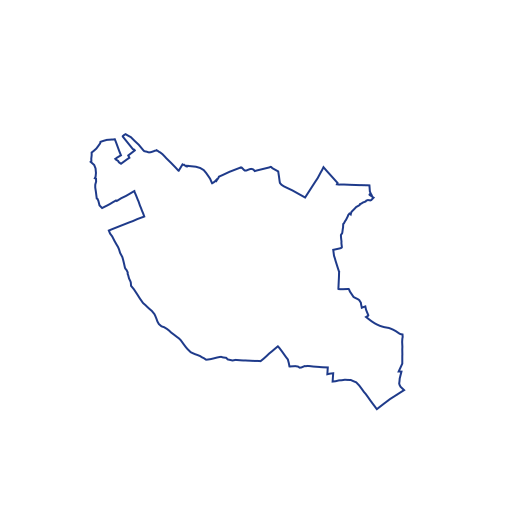 Simian, Bihor, Romania (Natural Earth projection), rotated 298°
{"feature_id": "2599482B37534807810432", "entity_name": "Simian", "entity_type": "district", "adm_level": 2, "iso_a3": "ROU", "parent_name": "Romania", "parent_adm1": "Bihor", "projection": "natural_earth1", "projection_center": [22.074, 47.478], "detail": "fine", "context": "isolated", "style": "outline", "palette": "blue", "viewbox_px": 512, "rotation_deg": 298, "n_neighbors": 0, "source": "geoboundaries", "source_scale": "gbopen_adm2", "svg_char_len": 6047}
<svg xmlns="http://www.w3.org/2000/svg" viewBox="0 0 512 512"><g transform="rotate(298 256 256)"><path d="M255.5,422.2L254.9,420.3L254.8,419.2L255.3,414.6L255.3,413.0L255.3,411.4L255.2,410.3L255.1,409.0L254.8,406.9L254.5,406.1L254.1,404.8L253.7,403.6L253.4,402.7L252.9,400.4L252.5,398.2L252.3,394.9L252.3,392.4L252.6,389.0L252.9,386.9L253.8,381.8L255.8,383.0L256.4,383.0L258.6,380.3L260.3,378.3L262.8,376.2L261.4,374.9L260.0,373.7L261.0,372.9L262.5,371.6L264.0,370.5L265.0,368.7L265.5,367.9L265.7,366.2L265.6,363.2L265.6,361.4L268.7,355.6L269.8,354.3L270.4,353.3L267.3,348.0L266.3,346.1L265.6,344.5L265.6,344.2L276.6,339.0L280.4,337.1L281.2,336.8L281.4,336.4L283.8,333.9L289.0,328.6L290.9,326.8L292.8,324.8L293.9,324.0L297.7,321.3L298.1,321.8L302.2,326.6L303.0,327.3L303.4,327.6L303.7,327.7L304.0,327.7L304.4,327.5L306.1,326.3L307.4,325.4L308.9,324.7L311.2,323.1L312.4,322.3L313.4,321.7L314.1,321.3L314.3,321.2L314.9,321.1L315.5,321.2L316.3,321.4L317.2,321.2L318.3,320.8L320.7,319.9L322.0,319.5L323.9,318.6L325.2,318.0L326.2,318.3L328.7,318.3L330.2,318.5L334.3,318.4L335.3,318.2L337.4,318.6L337.4,319.3L337.2,320.1L338.9,319.7L339.8,319.6L340.5,319.8L341.6,320.1L342.5,320.4L344.2,320.9L346.4,321.5L347.4,322.2L349.5,323.5L350.2,323.6L350.8,323.5L351.1,323.8L351.7,324.4L353.3,325.2L354.8,326.5L355.1,326.8L355.6,327.2L356.7,327.4L357.0,327.7L357.8,328.4L358.3,329.4L358.7,330.8L359.5,331.5L362.7,332.4L362.8,331.4L363.0,330.4L363.3,327.6L363.5,327.4L363.8,327.4L364.1,327.5L364.5,328.8L365.2,327.7L366.5,326.2L371.6,323.0L371.4,322.5L368.0,315.7L367.1,314.0L365.4,310.5L363.2,306.0L360.2,299.7L358.0,295.7L357.3,293.8L358.8,293.7L361.2,287.1L362.8,282.7L364.4,278.3L366.1,273.9L363.0,274.0L360.3,273.9L353.7,273.9L349.8,273.5L344.0,273.0L330.7,271.9L331.0,257.3L330.7,250.9L330.6,247.8L330.8,245.7L330.9,244.9L331.7,242.9L332.0,242.6L333.3,241.6L336.8,239.1L341.1,235.9L341.2,229.8L341.3,228.9L341.7,227.8L341.6,227.1L340.4,226.1L332.2,216.9L330.4,215.0L330.6,214.7L331.1,213.0L331.0,212.1L330.8,211.2L330.1,210.1L328.7,208.8L327.0,207.4L326.2,206.1L326.4,204.8L327.3,202.1L326.8,201.4L327.1,201.0L325.9,200.0L318.5,193.6L318.2,193.3L315.8,191.5L311.8,188.5L308.6,186.0L308.1,186.1L307.2,186.1L306.5,186.1L305.5,185.9L304.7,185.8L303.8,185.7L302.9,185.8L302.6,185.8L302.8,185.7L304.0,185.1L302.6,184.7L301.4,184.2L299.6,183.1L299.7,182.9L300.2,182.3L302.6,179.3L303.7,177.3L305.9,173.0L307.3,169.5L307.4,167.6L307.5,165.4L306.6,161.0L303.9,154.4L303.8,153.9L302.8,153.3L302.7,153.1L302.8,152.9L303.0,152.9L303.1,152.7L302.7,152.6L302.4,152.3L302.5,151.8L302.6,151.2L302.5,150.5L302.5,150.3L302.8,149.6L302.0,148.3L302.1,148.1L295.0,147.7L295.0,147.2L296.3,143.6L298.3,137.4L300.2,130.9L301.0,128.7L302.0,125.6L302.5,122.6L302.4,121.9L302.5,121.2L302.7,119.6L302.7,118.6L302.3,118.6L301.9,117.8L301.3,117.1L300.6,116.6L299.2,115.3L298.4,114.5L297.6,113.5L297.1,112.5L296.9,111.4L296.8,110.5L296.5,109.6L296.1,108.1L296.4,107.0L299.2,100.2L300.7,94.6L302.2,89.7L302.2,87.0L302.3,83.6L301.0,82.8L299.3,82.1L299.2,82.1L298.9,82.3L293.2,95.6L292.6,97.0L292.6,97.7L292.7,98.3L292.7,98.7L292.3,99.4L284.8,96.0L283.3,98.1L280.9,96.8L274.1,93.5L274.2,92.2L274.4,91.8L274.4,91.5L274.3,91.2L274.6,90.5L275.0,90.0L275.2,89.6L275.4,86.8L275.7,86.2L276.0,86.4L277.4,87.0L278.9,87.9L280.9,89.1L281.5,89.5L284.6,85.8L289.9,79.9L291.3,78.3L292.8,76.5L291.8,75.2L291.0,73.8L290.9,73.6L290.0,72.2L288.5,69.8L286.3,67.5L283.8,65.1L282.2,65.5L279.2,65.1L275.9,64.6L272.4,63.3L270.2,62.3L267.8,63.6L264.5,64.9L262.5,66.1L261.5,65.8L261.0,68.0L260.4,70.4L258.0,73.2L254.2,75.7L250.8,77.1L249.0,77.2L249.2,78.4L246.6,79.9L243.8,80.5L242.9,80.9L241.0,81.9L237.5,84.5L233.4,87.4L232.0,88.4L232.0,89.3L230.6,91.0L227.2,94.1L226.1,97.6L228.8,99.5L230.6,100.8L233.3,102.6L236.5,104.5L237.4,105.1L239.3,106.3L239.2,107.2L240.5,108.0L243.8,109.9L248.0,113.0L251.2,115.0L255.5,117.6L256.2,118.1L255.6,118.6L253.4,121.4L250.0,125.4L249.1,126.6L246.0,129.9L244.4,131.9L242.6,133.9L240.6,136.4L238.4,138.8L237.1,137.7L236.5,137.1L232.9,133.9L228.9,130.8L226.5,128.6L223.1,125.7L219.6,122.7L212.3,116.5L209.4,114.1L207.3,116.6L205.8,119.8L202.8,124.1L200.7,127.4L199.2,129.9L197.6,131.9L194.9,134.6L192.3,138.5L190.1,140.6L187.5,142.9L184.0,145.9L183.2,147.2L183.1,147.7L182.8,148.3L181.3,150.4L179.9,151.1L179.1,152.1L176.6,154.4L174.6,157.1L173.8,157.9L171.0,159.7L170.3,161.4L169.3,163.8L168.2,165.8L166.3,169.3L163.9,173.5L162.8,175.7L161.9,177.4L161.4,178.5L160.7,181.6L160.2,183.2L159.4,186.2L158.6,189.8L157.0,193.6L155.9,195.1L153.9,197.5L151.9,199.7L150.3,202.2L149.6,205.3L149.6,206.0L150.0,208.3L149.8,211.7L149.3,214.5L148.6,216.9L148.0,220.8L147.4,224.3L147.1,226.5L146.4,228.9L145.4,231.0L144.2,233.4L142.7,236.6L141.7,239.1L140.4,243.5L140.5,245.7L140.7,248.3L141.1,250.8L141.4,253.6L141.2,255.7L141.3,258.0L141.0,260.6L141.7,261.7L143.6,264.3L145.8,266.8L148.1,269.3L149.9,271.5L150.6,272.6L150.9,274.3L152.1,277.5L151.4,279.6L152.2,282.4L152.7,284.3L153.9,285.8L154.6,286.6L157.4,293.0L159.0,296.1L159.1,296.4L160.8,300.0L161.5,301.5L162.0,302.6L163.3,305.2L164.6,307.7L165.3,309.4L168.8,310.9L172.6,312.3L176.0,313.4L179.5,314.9L183.3,316.4L186.5,317.7L185.9,319.5L183.9,323.8L182.5,326.6L180.9,329.8L179.6,332.7L176.9,335.2L174.2,337.4L174.4,338.0L174.7,338.3L175.8,340.1L177.2,342.4L178.1,345.0L177.9,347.0L178.8,348.3L181.7,350.7L182.1,351.8L183.0,352.9L184.0,355.1L185.3,358.5L187.8,364.1L188.0,364.7L189.2,367.4L191.3,371.7L188.2,373.1L185.1,374.5L186.9,376.6L188.7,379.2L181.1,382.6L182.9,385.2L185.1,387.6L186.6,390.1L188.5,392.6L189.7,395.3L190.6,397.1L191.0,397.8L191.2,400.8L191.5,403.8L190.1,408.0L189.8,408.6L188.4,411.6L186.6,415.2L185.7,417.6L183.8,421.5L182.3,424.4L180.8,427.5L179.1,431.2L177.9,433.7L177.5,434.6L185.5,438.2L192.6,441.5L207.1,449.7L208.4,445.0L209.5,443.4L210.6,442.3L213.0,441.4L215.3,440.4L217.3,439.9L218.9,439.5L219.8,439.3L222.2,438.7L221.0,436.2L229.6,435.7L237.0,431.8L237.3,431.7L242.2,429.0L244.5,427.9L248.7,425.4L250.2,424.7L251.8,424.0L253.4,423.5L255.5,422.2Z" fill="none" stroke="#1e3a8a" stroke-width="2"/></g></svg>